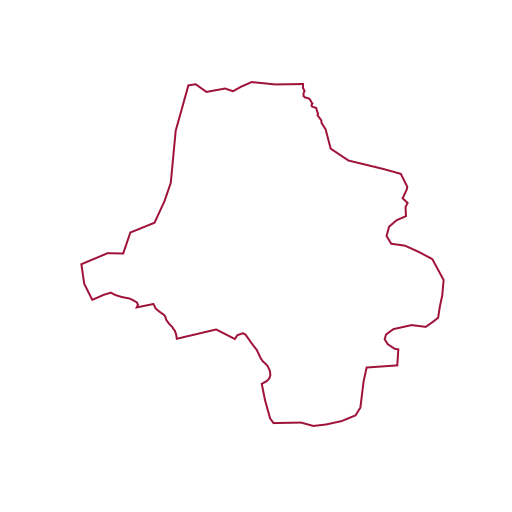 the district of Tenenkou, Mopti, Mali, rotated 73°
{"feature_id": "8926073B19754802458169", "entity_name": "Tenenkou", "entity_type": "district", "adm_level": 2, "iso_a3": "MLI", "parent_name": "Mali", "parent_adm1": "Mopti", "projection": "albers", "projection_center": [-4.939, 14.587], "detail": "fine", "context": "isolated", "style": "outline", "palette": "rose", "viewbox_px": 512, "rotation_deg": 73, "n_neighbors": 0, "source": "geoboundaries", "source_scale": "gbopen_adm2", "svg_char_len": 1799}
<svg xmlns="http://www.w3.org/2000/svg" viewBox="0 0 512 512"><g transform="rotate(73 256 256)"><path d="M329.2,300.5L326.3,297.0L326.0,291.1L328.1,289.0L339.7,285.2L345.8,282.8L348.4,282.4L352.3,281.8L355.5,281.3L358.7,280.3L361.4,278.6L364.8,277.0L369.9,276.3L374.1,277.1L376.9,279.0L378.7,282.1L380.0,287.9L396.3,289.5L415.5,290.0L420.9,288.1L428.4,261.8L435.3,250.8L437.6,238.5L438.9,222.4L437.5,207.4L431.5,200.5L407.4,189.8L395.0,182.8L401.9,152.9L386.9,147.2L385.2,150.6L378.9,155.8L373.3,157.3L369.1,154.6L366.1,146.0L367.6,127.3L373.4,114.4L370.7,106.1L368.3,99.9L357.8,94.8L348.3,89.5L333.8,83.6L310.6,88.3L300.1,98.7L289.7,110.5L283.8,123.1L275.0,125.3L266.8,120.1L262.9,111.0L261.7,100.9L253.0,98.7L250.8,96.7L249.6,95.5L243.7,98.9L238.7,94.4L236.2,92.2L234.0,91.1L219.8,93.5L210.5,108.0L191.8,139.6L175.2,153.2L155.3,152.4L148.0,154.4L145.4,153.9L139.4,156.0L137.7,155.0L135.8,155.3L132.1,155.1L129.5,158.7L128.2,158.9L126.5,157.4L125.7,158.0L123.3,158.3L121.5,158.9L120.1,160.3L119.0,162.3L118.8,162.7L116.8,163.8L115.4,163.3L114.4,163.0L112.3,161.3L109.0,162.0L106.1,161.0L105.2,160.7L104.2,164.3L104.3,164.3L97.5,187.6L88.4,209.3L89.7,220.5L91.7,229.9L86.8,236.6L84.6,255.4L74.1,263.5L73.1,270.8L112.8,296.2L161.1,316.1L176.7,327.4L194.5,343.3L196.8,369.3L214.8,382.3L209.9,397.1L212.8,425.4L232.3,428.4L250.0,425.4L249.4,419.6L249.1,417.0L248.6,413.0L248.6,405.6L252.2,401.9L255.9,396.5L259.8,389.2L262.5,386.3L265.4,383.6L268.1,383.1L270.3,385.1L271.9,368.2L272.0,368.2L273.3,367.8L276.7,367.4L281.2,364.5L285.4,361.2L287.8,360.4L289.5,360.5L291.2,360.4L295.7,358.8L299.5,356.8L301.9,356.2L303.6,355.5L305.9,355.4L307.0,355.3L307.5,355.3L309.9,355.6L312.0,355.9L312.5,348.7L312.4,348.7L313.0,340.7L314.6,315.6L329.2,300.5Z" fill="none" stroke="#9f1239" stroke-width="2"/></g></svg>